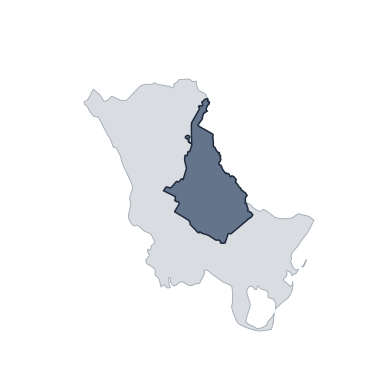 Ahal on a map of Turkmenistan (orthographic projection), rotated 211°
{"feature_id": "TKM-352", "entity_name": "Ahal", "entity_type": "Province", "adm_level": 1, "iso_a3": "TKM", "parent_name": "Turkmenistan", "parent_adm1": "", "projection": "orthographic", "projection_center": [59.653, 37.88], "detail": "fine", "context": "in_parent", "style": "filled", "palette": "slate", "viewbox_px": 384, "rotation_deg": 211, "n_neighbors": 0, "source": "natural_earth", "source_scale": "10m", "svg_char_len": 9360}
<svg xmlns="http://www.w3.org/2000/svg" viewBox="0 0 384 384"><g transform="rotate(211 192 192)"><path d="M119.1,130.8L134.4,132.2L139.1,133.0L141.1,130.8L141.0,130.3L140.3,129.8L139.2,128.2L138.5,117.8L139.9,116.3L141.5,115.3L143.7,112.1L144.9,111.1L146.7,110.3L152.5,110.2L154.9,109.7L157.1,106.0L157.6,103.8L159.2,102.1L160.0,102.2L163.9,103.7L164.8,104.5L166.1,107.2L167.5,107.1L167.8,106.6L167.6,106.0L166.5,104.3L164.1,101.2L161.7,99.2L161.6,98.6L163.6,97.1L167.7,97.8L168.8,97.3L169.9,94.8L175.2,100.4L176.2,101.0L180.6,101.7L181.3,102.5L182.8,105.7L184.2,106.6L186.1,107.2L193.8,107.3L196.2,109.4L196.6,110.0L196.1,111.5L196.0,114.4L195.4,115.5L195.8,116.0L198.6,117.2L200.2,119.1L200.4,119.9L199.9,120.4L198.6,120.1L198.0,121.0L198.0,122.5L198.9,123.9L199.2,125.2L197.9,128.2L197.9,129.5L198.3,130.2L205.4,134.7L206.5,134.8L213.3,133.9L214.6,134.4L220.6,135.4L222.2,135.2L223.3,133.7L224.4,133.1L225.4,133.0L228.3,133.9L231.4,135.8L233.4,137.5L234.4,139.1L237.4,148.0L239.3,151.5L241.5,153.4L243.1,156.8L244.7,164.3L245.5,165.9L248.9,168.8L266.3,180.5L271.6,185.8L279.8,190.8L282.7,190.0L289.2,195.3L293.3,197.3L298.6,200.4L309.8,207.4L312.1,207.6L314.6,206.4L317.0,206.8L321.1,208.5L325.7,211.2L329.5,211.9L330.6,213.2L330.7,213.9L328.9,217.8L329.0,222.6L329.7,229.0L328.7,229.1L321.2,227.9L314.0,224.4L312.4,225.8L311.6,227.1L310.2,232.8L300.8,233.7L295.4,236.7L291.2,255.1L290.2,257.4L287.2,260.5L281.8,263.6L281.0,264.8L280.9,265.9L280.2,266.3L277.2,266.4L265.7,270.9L263.2,270.9L262.2,271.3L261.7,272.0L263.1,275.6L262.1,276.7L261.5,278.5L261.0,281.6L253.5,286.8L251.8,287.4L248.7,287.0L247.2,287.6L245.6,289.2L244.8,288.7L244.3,287.2L243.5,286.2L238.6,282.4L233.1,283.1L231.0,282.8L229.4,282.2L226.8,280.0L225.2,277.9L223.4,278.2L222.9,277.2L222.9,276.0L223.3,274.5L223.1,271.8L222.1,269.9L221.0,269.1L222.2,265.9L222.2,263.5L221.4,261.0L221.0,257.4L221.1,253.8L220.1,252.0L204.1,252.3L198.3,244.0L195.9,242.0L188.0,238.5L185.8,236.6L184.1,234.5L183.6,231.6L182.7,229.9L181.5,229.7L175.4,226.3L172.9,225.4L169.5,226.2L167.5,225.3L165.2,226.5L164.2,226.6L161.6,225.8L158.6,222.7L156.0,221.4L150.6,219.4L146.8,218.7L143.4,217.5L143.0,217.1L143.0,214.5L142.6,213.5L141.6,212.2L140.3,211.2L134.5,211.1L131.9,210.1L129.8,209.9L125.2,209.9L123.7,210.5L122.8,211.3L122.2,213.7L121.6,214.1L117.2,214.0L107.7,213.0L103.7,214.1L97.3,217.6L93.6,220.6L92.5,222.0L90.1,227.6L89.1,228.3L87.9,228.9L86.7,228.9L80.9,230.9L78.6,231.3L73.0,230.6L72.2,222.2L72.1,215.6L73.3,206.4L73.4,200.6L74.9,191.7L74.7,189.5L72.1,185.3L71.8,182.6L70.1,182.3L67.5,179.8L64.8,178.8L63.4,178.6L62.1,179.2L61.1,180.5L60.6,178.3L60.8,176.1L63.3,171.8L64.6,173.2L66.2,173.8L70.4,173.8L70.1,172.3L68.1,170.5L67.8,168.5L68.1,166.4L68.8,164.4L68.2,163.6L67.2,163.0L65.0,162.9L59.2,161.7L58.3,164.0L59.7,167.3L57.3,163.5L55.7,159.8L54.9,155.5L55.0,150.9L57.8,143.7L60.3,134.8L62.3,138.8L63.8,140.5L67.4,141.9L69.1,141.7L71.1,140.9L72.9,141.3L75.5,145.4L77.5,146.0L81.8,144.7L83.9,144.5L85.6,145.3L87.4,145.4L86.7,143.5L86.5,141.7L87.6,140.9L90.9,142.0L93.6,141.2L94.1,140.7L94.5,139.2L94.3,136.1L93.7,134.8L92.3,132.9L86.7,128.2L84.8,126.3L83.3,124.0L81.2,114.9L79.5,109.1L78.8,108.4L75.4,107.7L68.9,108.6L66.6,108.2L65.5,108.7L62.7,110.9L61.3,112.9L59.2,117.4L60.4,119.0L58.8,126.9L59.1,130.3L58.9,130.5L57.2,126.2L54.9,121.8L53.3,115.2L57.5,111.3L61.0,108.6L64.7,106.6L68.5,105.4L76.8,103.6L81.4,103.1L85.1,103.2L87.9,104.7L95.3,110.3L98.4,113.4L99.3,114.6L100.1,117.5L105.3,126.7L106.6,128.1L108.6,131.0L110.7,132.0L119.1,130.8ZM59.3,192.2L59.1,193.4L58.2,189.7L58.0,185.7L58.8,184.6L59.5,184.7L58.7,186.1L59.3,192.2Z" fill="#d9dde1" stroke="#a8b0b8" stroke-width="1"/><path d="M225.6,278.7L225.3,278.5L225.5,278.2L225.3,277.9L225.2,277.8L223.9,278.1L223.6,278.2L223.1,277.4L222.8,276.8L222.7,276.2L222.8,276.0L223.1,275.7L223.1,275.1L223.1,274.9L223.3,274.3L223.3,274.1L223.1,273.9L223.2,273.3L223.2,272.9L223.1,272.5L223.0,271.6L222.9,271.1L222.7,270.7L222.5,270.4L222.1,270.0L221.8,269.6L221.4,269.4L220.8,269.3L220.6,269.2L220.8,268.9L221.2,268.6L221.5,268.3L221.5,268.0L221.4,267.5L221.4,267.2L221.6,267.1L221.8,267.0L221.9,266.9L222.0,266.6L222.1,266.1L222.1,265.9L222.2,265.7L222.4,265.4L222.5,265.3L222.4,265.1L222.4,264.4L222.0,262.8L221.7,262.3L221.6,262.0L221.6,261.4L221.6,261.2L221.5,260.9L221.4,260.7L221.1,260.5L220.9,260.4L221.0,260.2L220.8,259.3L220.9,258.0L221.3,256.0L221.1,255.6L221.1,255.3L221.2,255.0L221.3,254.8L221.4,254.6L221.5,254.3L221.5,254.0L221.5,253.6L221.2,253.0L221.0,252.1L220.2,252.0L219.2,251.9L204.1,252.3L203.4,251.9L203.0,251.2L202.4,249.6L201.9,248.9L199.7,246.3L198.8,244.8L198.0,243.2L197.4,242.4L196.6,242.0L194.9,241.8L194.2,241.3L192.8,240.2L189.9,239.2L189.7,239.2L189.5,239.3L189.2,239.7L189.1,239.8L188.9,239.9L188.6,239.7L188.5,239.2L188.4,238.7L188.3,238.3L187.9,238.0L187.6,237.9L187.0,238.2L186.8,238.2L186.6,238.1L186.3,237.8L186.0,237.7L185.9,237.5L186.0,237.2L186.1,236.9L186.0,236.7L185.6,236.3L184.4,235.2L184.1,234.8L183.7,233.1L183.7,232.5L183.8,232.3L184.0,231.8L183.9,231.6L183.8,231.3L183.9,230.7L183.8,230.4L183.4,229.8L183.0,229.4L182.5,229.3L181.3,229.8L180.9,229.8L178.2,227.8L177.5,227.1L177.3,227.0L176.7,226.9L176.2,226.6L175.4,226.2L173.8,225.8L172.6,225.2L172.5,225.3L172.4,225.7L172.2,226.0L171.9,226.1L171.7,226.1L171.3,226.0L171.1,226.0L170.9,226.2L170.8,226.3L170.6,226.4L170.2,226.5L169.7,226.4L168.8,226.0L167.8,225.1L167.5,224.9L167.1,224.9L166.8,225.2L166.5,225.5L166.3,226.0L166.1,226.4L165.7,226.5L163.9,226.7L163.6,226.6L163.0,226.2L162.8,226.1L161.2,225.8L160.9,225.7L160.5,225.4L160.4,225.1L160.4,224.8L160.4,224.3L160.3,224.1L160.0,223.5L160.0,223.3L160.0,223.1L160.0,222.9L159.9,222.8L159.6,222.6L159.2,222.5L158.5,222.4L157.2,222.1L154.1,220.5L153.4,220.3L152.4,220.4L152.1,220.3L152.0,220.1L151.8,219.7L151.6,219.6L151.1,219.6L150.7,219.4L150.5,219.2L150.2,219.0L149.9,219.0L149.6,219.1L148.6,219.1L147.6,218.8L147.2,218.7L146.9,218.8L146.6,218.8L146.3,218.9L143.4,217.7L142.9,217.0L143.3,215.6L143.4,215.2L143.3,214.7L142.9,214.1L142.6,213.3L142.0,212.6L141.8,212.2L141.4,211.3L141.0,210.5L140.9,210.3L140.9,210.1L140.6,209.8L140.2,209.6L139.8,209.6L139.4,209.8L139.2,210.0L137.6,208.2L135.7,206.8L135.4,206.5L135.0,205.9L134.9,205.7L134.7,204.8L134.6,204.6L134.4,204.6L134.1,204.6L133.5,204.8L133.3,204.9L133.1,204.9L132.6,204.6L132.3,204.5L131.9,204.6L130.9,204.8L130.7,204.8L130.3,204.7L129.2,204.1L128.9,204.0L128.5,204.0L128.3,203.8L128.1,203.6L128.1,203.1L128.3,200.7L128.5,200.3L128.6,200.1L129.1,199.9L129.3,199.7L129.3,199.4L129.3,198.9L129.3,198.6L129.4,198.4L130.1,197.3L130.2,197.1L130.2,196.7L130.3,196.1L137.0,176.4L137.1,176.2L137.3,176.1L137.8,175.8L139.0,175.4L139.3,175.2L139.5,174.8L139.5,174.6L138.0,168.2L137.8,166.6L137.8,166.4L137.5,166.0L137.4,165.6L137.4,165.4L137.5,165.2L138.7,164.2L141.1,163.1L141.2,163.4L141.3,163.6L141.5,163.7L142.2,163.8L142.4,164.0L142.7,164.4L142.8,164.5L143.1,164.7L143.3,164.7L144.5,164.5L144.8,164.4L145.6,163.7L146.0,163.4L147.2,163.0L155.2,163.3L157.5,163.0L162.3,161.7L164.4,161.9L164.8,161.9L164.9,161.6L164.9,161.0L164.9,160.8L164.9,160.7L165.0,160.6L165.3,160.4L166.9,160.5L168.2,160.8L169.0,161.2L176.8,163.2L177.8,164.6L178.1,164.8L179.2,165.6L180.7,166.0L185.6,166.1L196.3,166.1L196.6,166.1L196.8,166.5L196.8,174.7L196.8,175.1L197.0,175.3L198.1,176.6L198.4,176.7L198.8,176.7L199.3,176.4L199.7,175.9L199.9,175.8L200.1,175.7L200.3,175.8L200.9,175.9L201.1,175.9L201.3,175.9L201.9,175.6L202.0,175.6L202.4,176.0L202.6,176.3L202.6,176.5L202.8,177.4L202.9,178.0L203.0,178.1L203.2,178.4L203.4,178.5L203.6,178.8L203.8,179.4L203.8,179.5L204.5,179.5L207.0,179.1L207.9,179.2L217.0,178.4L216.9,182.4L216.7,182.8L216.5,183.3L215.3,183.6L212.7,184.4L212.1,185.3L210.9,192.3L210.8,192.7L210.6,193.2L210.3,193.4L209.0,193.6L208.7,193.7L208.5,194.0L208.4,194.4L208.0,197.1L207.9,197.5L207.7,197.9L207.4,198.1L207.1,198.1L206.0,198.0L208.6,208.4L209.0,209.6L214.1,214.8L215.0,215.9L216.6,219.2L216.8,219.8L216.6,220.0L216.3,220.1L215.4,220.3L215.1,220.4L214.9,220.5L215.0,220.9L216.0,223.7L216.2,224.5L216.0,224.8L215.7,224.9L215.2,224.9L215.0,225.7L215.1,227.0L216.6,232.8L216.8,233.0L217.1,233.0L217.7,233.0L218.2,233.0L218.6,232.9L220.4,233.0L220.7,233.1L221.0,233.2L221.1,233.3L221.3,233.6L222.3,235.4L223.0,235.1L223.6,234.9L224.3,234.8L225.2,235.0L225.6,235.1L225.8,235.3L225.9,235.5L226.0,235.8L226.0,236.1L226.0,236.4L225.9,236.8L225.8,237.2L225.6,237.6L225.3,237.9L225.2,238.1L224.7,238.4L224.2,238.6L223.9,238.6L223.6,238.6L223.3,238.6L223.0,238.5L222.7,238.4L222.5,238.2L222.2,237.9L222.1,236.5L222.0,235.9L221.7,235.3L221.2,234.5L220.9,234.0L220.5,233.7L220.2,233.5L219.3,233.4L219.0,233.4L218.6,233.5L217.7,233.5L217.4,233.6L217.5,233.8L222.1,241.1L227.0,249.0L228.0,251.3L228.4,266.5L228.6,267.8L228.9,267.9L229.1,268.0L230.0,268.1L230.2,268.3L230.3,269.5L230.2,269.6L229.9,269.9L229.7,270.0L229.4,270.3L229.2,270.4L228.9,270.5L228.3,270.5L227.9,270.6L227.7,270.7L227.6,270.8L227.4,271.1L227.4,271.3L227.5,271.5L227.8,272.1L227.9,272.3L228.2,272.7L228.5,272.9L229.4,273.8L229.7,274.0L229.9,274.2L229.9,274.4L229.4,274.9L229.3,275.1L229.2,275.2L229.2,275.3L229.0,277.3L229.0,277.6L228.9,277.8L228.3,278.6L228.1,278.8L227.4,279.3L227.2,279.4L227.0,279.8L226.8,280.0L226.6,279.9L226.4,279.9L226.2,279.8L226.1,279.7L225.9,279.5L225.9,279.4L226.0,279.1L225.7,278.7L225.6,278.7Z" fill="#64748b" stroke="#1e293b" stroke-width="1.5"/></g></svg>